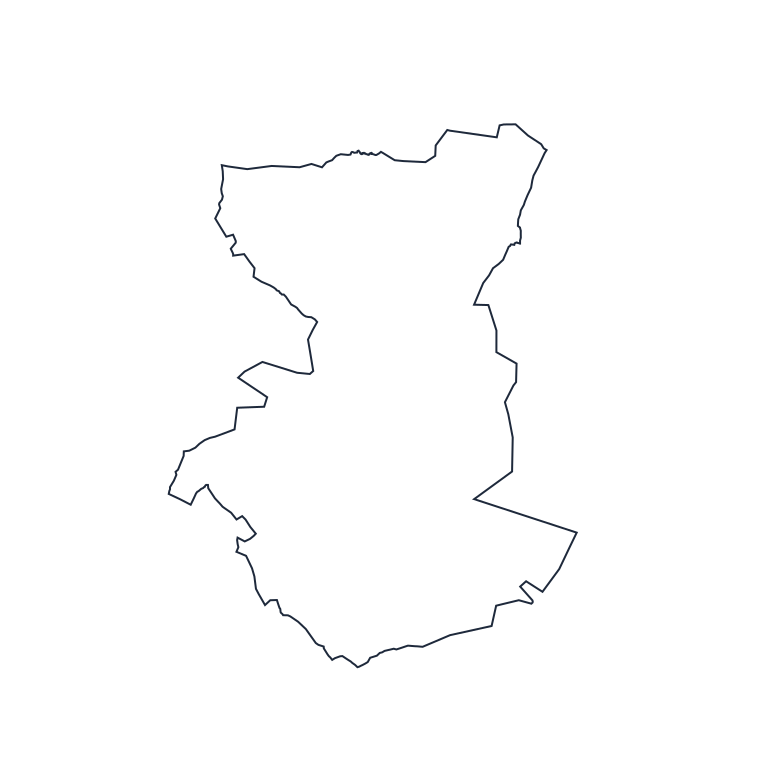 Fika, Yobe, Nigeria, rotated 247°
{"feature_id": "59680162B28106531466158", "entity_name": "Fika", "entity_type": "district", "adm_level": 2, "iso_a3": "NGA", "parent_name": "Nigeria", "parent_adm1": "Yobe", "projection": "albers", "projection_center": [11.32, 11.337], "detail": "fine", "context": "isolated", "style": "outline", "palette": "slate", "viewbox_px": 768, "rotation_deg": 247, "n_neighbors": 0, "source": "geoboundaries", "source_scale": "gbopen_adm2", "svg_char_len": 4234}
<svg xmlns="http://www.w3.org/2000/svg" viewBox="0 0 768 768"><g transform="rotate(247 384 384)"><path d="M366.9,142.9L357.9,151.0L348.4,158.9L353.3,164.5L356.7,168.2L357.8,170.1L357.8,171.3L358.9,174.8L358.9,177.0L359.4,177.9L359.4,178.9L360.3,179.8L360.6,180.9L359.9,182.5L356.7,181.5L349.8,182.8L344.8,183.7L340.4,185.3L338.6,186.0L336.2,186.8L334.2,187.4L332.2,188.6L325.2,193.0L316.9,195.3L317.8,201.8L313.3,203.6L304.5,205.1L296.3,207.5L295.1,204.7L293.8,200.2L293.5,194.3L299.8,189.2L297.7,187.8L293.7,186.7L290.7,186.2L289.7,185.2L287.2,182.6L279.7,189.9L265.9,190.5L257.5,189.5L245.5,186.1L239.5,186.6L227.0,188.1L229.4,194.8L227.0,201.0L222.7,200.6L220.1,200.4L218.6,200.3L218.0,200.6L217.4,200.6L214.4,199.7L213.6,199.8L213.1,200.0L212.0,200.6L210.6,200.8L208.6,205.2L206.6,207.0L198.8,212.0L189.0,216.3L172.2,220.0L169.5,221.7L165.9,225.9L164.1,225.3L157.2,226.4L155.0,226.9L153.3,227.7L150.3,228.5L150.8,231.7L150.5,237.2L149.8,239.4L146.6,241.5L144.5,242.9L141.5,245.0L139.7,245.8L136.6,247.7L133.7,248.9L133.5,250.6L133.7,253.2L133.7,254.2L134.0,257.7L134.4,260.4L137.4,264.3L136.7,271.3L138.1,275.0L137.7,277.5L138.1,280.2L137.4,284.3L137.2,285.3L136.5,289.6L135.8,290.4L134.8,291.7L134.3,297.5L134.0,301.5L133.8,303.8L130.6,309.9L129.4,312.4L128.1,314.8L127.0,316.9L127.0,341.0L127.0,346.7L119.2,388.5L136.1,400.6L135.1,406.8L132.3,423.6L124.2,433.8L124.8,435.4L125.6,435.9L126.8,436.1L144.3,430.2L146.9,437.7L130.8,448.7L145.2,473.0L160.6,490.4L171.9,503.3L242.8,422.0L253.4,467.7L284.5,481.6L307.6,486.6L320.0,488.2L332.1,502.6L334.1,506.3L351.0,514.0L369.4,499.9L389.3,508.4L414.6,510.8L415.9,510.9L421.8,497.9L438.2,514.8L442.9,523.1L448.0,529.6L449.7,536.6L451.8,542.2L455.5,546.0L458.2,548.9L461.6,552.4L461.8,554.0L462.5,554.8L462.9,555.3L462.7,555.8L461.2,558.3L462.3,559.1L462.4,559.7L462.6,560.1L462.4,560.8L462.4,561.6L462.0,561.8L461.5,562.3L461.1,563.0L460.3,563.7L460.1,564.1L462.9,565.3L465.2,567.1L468.9,568.6L471.6,569.8L474.6,570.2L474.9,570.3L477.2,569.0L481.5,571.1L483.2,572.0L486.7,575.4L490.4,577.8L494.2,582.7L496.8,584.9L501.8,590.0L507.2,596.1L513.5,600.1L517.4,603.1L520.1,606.5L523.6,610.8L533.7,622.0L535.8,625.1L538.5,623.1L543.3,622.4L550.5,617.6L556.5,613.6L571.6,606.6L576.1,595.7L576.9,591.5L567.0,584.2L591.4,543.7L593.1,541.5L583.4,524.8L574.0,520.3L572.0,508.9L581.7,488.8L585.7,481.5L585.8,481.3L597.6,472.9L597.8,472.7L598.9,471.9L598.2,469.6L597.8,466.5L598.1,465.6L599.8,463.8L600.5,462.7L600.7,462.1L600.9,462.0L601.2,462.2L601.2,462.8L601.2,463.0L601.4,463.0L601.6,462.9L601.6,462.5L601.8,462.0L601.7,460.8L601.5,460.2L601.1,460.0L600.9,459.7L601.0,459.2L601.5,458.6L602.2,458.1L602.4,457.8L602.5,457.4L602.8,457.2L603.2,457.1L603.4,457.0L603.4,456.7L603.5,456.5L603.9,456.5L604.1,456.4L604.3,456.0L604.6,455.9L604.7,455.6L604.6,455.4L604.2,455.5L604.1,455.4L604.3,455.0L604.9,454.8L605.0,454.5L604.8,454.2L605.0,453.9L604.9,453.7L604.3,453.7L604.2,453.6L604.3,453.2L604.6,452.8L605.6,452.3L607.0,452.3L607.8,452.0L608.7,451.8L608.8,450.7L607.6,449.7L608.1,448.2L608.5,446.9L609.6,446.0L610.1,445.2L609.9,444.4L608.3,442.8L608.9,440.4L612.4,434.0L612.7,429.3L611.7,426.7L610.3,423.7L610.5,420.0L610.5,417.5L607.7,411.6L614.9,403.2L616.5,391.0L628.6,365.8L635.2,342.1L645.3,325.3L648.8,320.2L642.9,318.7L635.4,315.9L627.1,310.3L623.0,309.2L619.8,309.0L617.0,306.9L614.8,303.0L613.6,302.3L609.8,302.0L602.3,293.3L581.2,296.4L580.4,303.4L573.4,303.4L572.0,302.7L568.4,295.8L567.8,295.8L563.7,296.0L562.4,295.9L561.1,295.3L558.2,306.0L549.2,308.0L541.2,310.1L533.7,305.8L526.0,311.2L519.3,317.6L515.9,320.2L513.6,321.5L512.2,321.8L511.2,322.8L510.3,323.7L508.5,323.8L507.8,324.4L506.3,324.9L505.5,326.7L502.7,327.8L493.5,329.6L489.7,332.6L487.9,333.7L486.1,334.1L481.0,335.8L478.7,336.9L476.7,338.4L475.3,340.4L473.9,343.2L470.5,345.6L467.2,346.7L461.6,339.5L454.6,331.4L444.1,328.9L430.5,325.6L423.6,323.9L422.2,319.6L428.3,308.4L451.8,280.7L449.9,260.5L446.8,252.2L417.5,271.3L409.9,264.8L419.5,239.6L400.6,228.7L401.5,207.9L402.4,202.7L402.4,200.7L402.4,197.0L401.1,190.8L399.1,185.5L398.7,178.7L400.2,173.4L396.1,171.5L385.6,160.9L384.6,157.8L381.5,157.4L377.1,152.8L372.7,146.7L370.7,145.9L369.4,144.6L366.9,142.9Z" fill="none" stroke="#1e293b" stroke-width="2"/></g></svg>